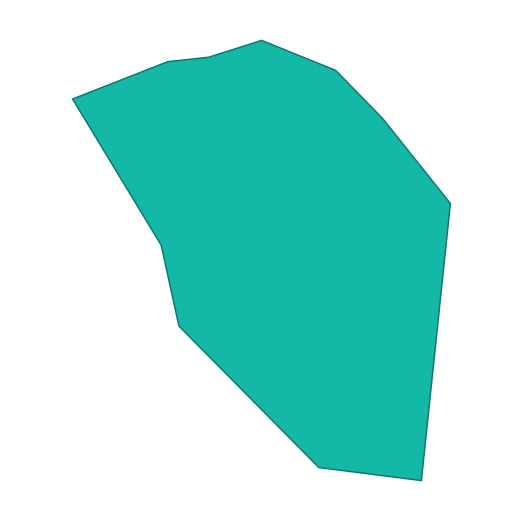 the Municipality of Odranci, rotated 93°
{"feature_id": "SVN-1046", "entity_name": "Odranci", "entity_type": "Municipality", "adm_level": 1, "iso_a3": "SVN", "parent_name": "Slovenia", "parent_adm1": "", "projection": "robinson", "projection_center": [16.274, 46.584], "detail": "fine", "context": "isolated", "style": "filled", "palette": "teal", "viewbox_px": 512, "rotation_deg": 93, "n_neighbors": 0, "source": "natural_earth", "source_scale": "10m", "svg_char_len": 307}
<svg xmlns="http://www.w3.org/2000/svg" viewBox="0 0 512 512"><g transform="rotate(93 256 256)"><path d="M193.4,64.6L471.6,79.1L464.0,182.1L330.0,329.3L250.3,351.2L108.8,447.4L66.5,354.2L60.0,313.7L40.4,261.7L66.5,186.1L112.0,136.8L193.4,64.6Z" fill="#14b8a6" stroke="#0f766e" stroke-width="1.5"/></g></svg>